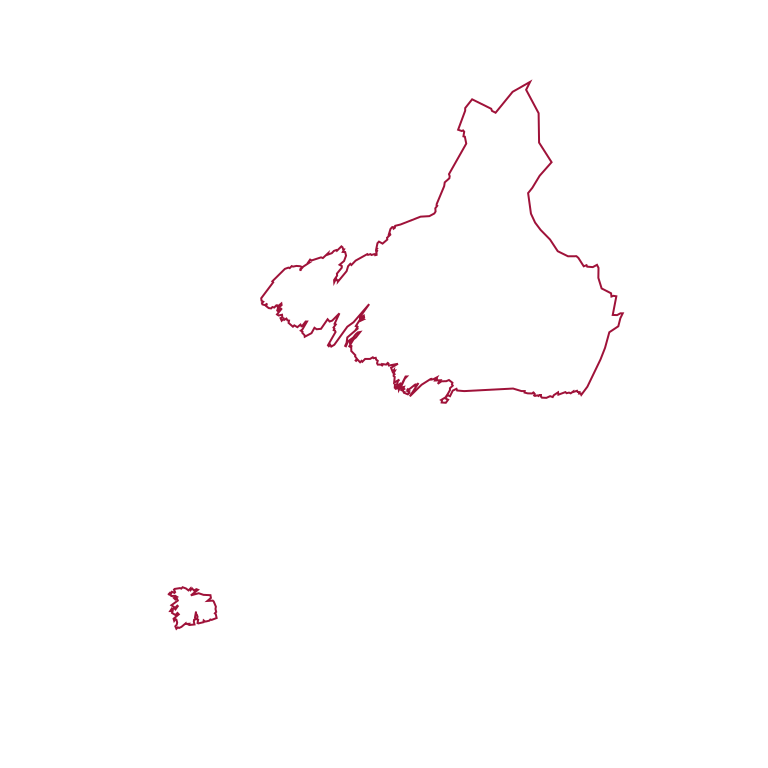 Haugesund nor, Rogaland, Norway, rotated 313°
{"feature_id": "86288312B97968708027313", "entity_name": "Haugesund nor", "entity_type": "district", "adm_level": 2, "iso_a3": "NOR", "parent_name": "Norway", "parent_adm1": "Rogaland", "projection": "natural_earth1", "projection_center": [5.258, 59.444], "detail": "fine", "context": "isolated", "style": "outline", "palette": "rose", "viewbox_px": 768, "rotation_deg": 313, "n_neighbors": 0, "source": "geoboundaries", "source_scale": "gbopen_adm2", "svg_char_len": 6091}
<svg xmlns="http://www.w3.org/2000/svg" viewBox="0 0 768 768"><g transform="rotate(313 384 384)"><path d="M531.3,296.6L511.9,287.3L507.3,284.3L505.6,285.4L504.2,285.1L505.0,283.8L504.4,283.0L501.8,283.0L495.5,286.1L497.9,286.0L497.5,286.8L493.0,286.5L491.9,287.9L485.7,287.2L484.7,283.2L482.5,283.2L477.9,286.0L478.2,286.6L476.5,286.8L475.7,287.8L477.6,288.1L475.6,288.3L473.4,290.5L472.2,289.7L473.2,288.1L472.6,288.5L469.8,286.8L469.8,285.6L467.5,284.2L467.6,283.2L454.9,279.1L448.8,279.0L448.9,277.4L445.7,277.4L441.0,279.7L427.6,280.5L428.7,279.7L427.4,278.5L428.6,276.9L424.5,278.2L426.0,276.6L431.3,275.8L432.6,274.3L440.2,273.8L441.5,272.7L440.9,270.2L446.7,270.9L452.0,268.7L454.0,265.6L452.5,263.8L455.3,263.0L454.7,262.1L455.7,260.4L455.6,259.0L449.3,258.7L449.5,257.8L447.2,256.6L444.1,256.6L440.2,254.6L441.6,253.9L434.4,253.4L433.7,251.6L425.0,246.8L424.6,245.1L421.3,245.6L422.1,246.7L414.8,244.9L411.1,245.0L409.8,245.8L410.8,244.5L413.8,244.6L412.9,242.3L410.6,239.4L407.8,237.4L407.3,236.1L404.4,236.0L403.9,234.7L400.6,233.0L382.9,232.3L382.8,233.6L363.0,235.7L361.4,237.6L361.8,239.6L359.9,239.5L359.3,240.8L360.6,243.4L363.1,243.5L360.6,244.7L360.9,247.9L362.3,249.9L364.2,249.9L365.1,251.6L368.1,251.6L368.6,252.0L368.0,253.3L372.9,254.0L371.9,255.3L367.0,254.8L364.9,255.8L364.9,256.4L368.8,257.1L368.8,257.8L361.9,258.3L362.2,260.2L365.1,262.2L363.5,264.1L361.6,263.4L360.5,266.0L363.4,266.1L362.9,267.3L365.3,268.0L364.7,270.0L365.6,271.3L363.6,272.5L363.8,278.3L365.7,278.4L366.5,281.9L370.5,282.4L369.9,284.3L370.4,284.6L376.3,284.1L377.2,285.1L368.3,287.1L366.3,286.8L366.7,288.7L365.7,289.3L365.5,292.6L364.5,293.8L371.7,296.3L377.7,294.8L378.1,297.4L381.4,300.3L392.9,298.6L392.6,301.6L395.1,302.9L405.3,303.2L394.3,306.8L394.7,308.1L390.8,308.6L390.7,309.9L389.1,310.5L389.6,311.8L389.0,313.1L374.1,316.6L374.0,317.9L376.0,318.0L375.4,319.9L378.8,320.9L400.9,318.1L408.4,319.6L432.3,318.7L416.7,320.7L415.6,321.7L420.2,322.6L419.1,324.1L417.1,324.3L417.4,325.0L414.9,324.0L417.9,322.7L415.0,323.6L413.7,322.7L407.1,323.9L407.6,325.3L408.6,325.6L405.3,326.2L407.3,327.0L393.0,325.4L389.8,327.7L390.3,328.0L385.4,329.6L385.6,330.4L390.7,328.6L396.9,329.8L401.2,329.4L403.9,329.7L405.8,331.1L399.0,331.7L391.2,330.6L390.8,331.1L392.8,331.9L387.9,332.9L388.1,334.0L390.4,334.2L389.0,334.5L385.8,337.6L385.5,343.4L384.5,344.0L383.9,347.2L381.9,347.2L381.9,347.8L383.8,347.8L383.6,351.7L385.6,351.8L385.5,353.0L389.5,353.1L392.8,356.7L395.9,357.6L395.7,358.7L397.5,360.1L396.5,361.6L396.7,363.6L394.5,364.7L393.9,366.2L396.4,368.9L398.0,368.8L395.5,370.1L398.0,369.9L399.6,372.3L401.8,372.4L401.7,373.0L402.8,373.3L401.3,373.4L400.8,375.0L408.3,380.4L400.7,378.1L398.9,381.8L400.8,381.7L400.2,382.1L401.3,382.9L398.5,383.6L398.4,385.0L397.3,384.8L396.4,385.6L396.5,387.0L391.9,390.5L397.7,392.2L395.3,392.2L393.0,393.8L390.9,392.5L388.6,394.4L388.7,395.7L392.1,394.8L392.5,395.2L392.0,395.5L396.4,395.7L393.8,396.8L390.0,396.8L391.0,397.5L389.8,398.9L404.2,394.7L405.1,395.6L401.9,395.6L392.2,398.8L391.9,399.9L394.1,399.7L395.5,400.6L394.2,401.1L394.2,402.2L391.6,401.5L392.0,402.6L391.3,404.3L391.9,404.6L391.4,405.0L392.7,408.5L394.8,408.6L394.8,407.3L395.8,407.3L394.8,405.7L395.7,405.0L396.5,405.0L396.5,405.9L403.8,407.0L403.6,407.4L403.8,407.8L404.0,407.1L404.9,407.4L403.6,408.7L408.2,408.6L392.6,411.3L409.1,412.0L419.5,414.7L420.0,415.1L419.5,415.6L421.3,416.9L425.0,418.2L423.8,418.5L424.8,419.4L422.5,418.4L422.0,418.6L423.7,419.4L421.8,419.4L425.2,422.7L420.8,423.2L425.2,424.2L428.5,427.6L431.2,428.8L431.6,433.2L430.1,433.9L429.7,435.4L425.9,435.1L424.5,436.4L420.4,437.4L416.2,438.1L411.3,436.7L411.5,437.6L409.8,438.8L412.4,442.0L416.2,441.6L415.3,438.6L419.2,438.1L420.1,440.6L426.0,438.8L429.9,440.3L429.1,441.9L433.5,447.5L468.7,481.5L472.6,489.4L474.8,491.7L473.6,492.6L475.1,495.4L478.1,498.8L480.5,499.1L479.5,499.5L479.5,501.1L478.0,501.6L478.2,502.5L480.3,504.0L480.6,505.2L481.9,505.1L483.0,506.3L481.3,507.8L481.9,507.5L481.7,508.8L484.6,512.2L488.4,513.8L489.5,516.3L491.6,515.8L496.6,517.0L495.1,518.8L501.8,522.2L501.8,523.8L503.9,525.2L504.5,526.9L507.7,527.5L507.3,527.9L510.7,529.8L510.2,531.1L511.4,532.5L510.1,533.2L511.2,534.3L510.6,535.7L520.7,534.6L549.6,525.6L561.2,521.0L575.5,513.5L586.0,516.0L593.3,512.0L598.5,510.4L596.9,508.7L593.4,507.5L590.5,504.2L606.6,494.1L605.0,491.7L603.1,490.7L605.2,488.2L602.3,478.0L607.8,468.4L615.2,461.7L616.4,458.5L611.9,457.0L608.4,452.6L609.0,451.1L606.3,449.8L608.8,440.1L608.7,437.6L602.9,431.5L599.6,420.5L602.9,406.9L603.5,393.4L605.1,384.4L608.8,375.3L621.9,359.2L628.6,358.7L642.5,355.8L660.5,355.3L666.3,332.8L687.5,312.4L696.1,287.3L704.6,284.8L685.4,278.8L658.5,280.6L657.4,276.7L658.4,274.7L652.3,254.3L641.2,255.2L639.2,257.0L620.5,264.8L622.1,268.4L623.4,268.9L623.2,270.6L619.3,273.2L620.0,274.5L615.9,280.2L581.8,288.4L580.8,290.3L579.0,291.5L572.9,290.9L569.7,293.1L551.6,299.8L550.5,300.6L550.6,301.4L547.5,301.7L545.3,304.1L543.0,304.5L537.7,302.7L531.3,296.6ZM85.5,369.9L83.5,369.9L83.5,370.5L84.5,370.5L83.9,373.1L86.7,375.7L87.1,377.7L84.2,376.3L84.1,378.3L86.1,378.3L85.0,380.9L77.2,379.4L77.9,383.9L80.9,384.0L80.9,384.7L76.9,385.2L77.0,383.3L75.0,383.2L75.1,382.0L72.1,382.5L73.7,384.3L72.0,385.1L72.8,389.0L75.7,389.1L75.6,391.0L68.8,390.2L67.7,392.1L69.7,391.8L70.1,392.8L68.5,395.4L66.5,396.6L64.5,396.6L63.4,399.1L65.4,399.2L65.8,400.5L68.2,401.5L73.8,402.2L73.4,402.8L75.6,404.9L74.7,405.0L75.0,406.0L78.9,409.4L80.6,406.9L82.1,405.9L83.4,406.7L84.3,405.0L89.4,401.7L87.0,403.9L87.6,404.5L86.6,406.4L84.3,407.5L84.9,408.8L82.0,410.7L82.3,411.5L86.6,414.4L88.1,413.4L88.2,414.4L87.5,414.6L89.4,416.1L91.9,417.7L93.3,417.6L93.9,418.8L98.7,421.2L100.9,418.0L100.9,416.7L102.9,416.7L104.5,414.2L106.5,412.9L108.8,407.8L108.8,406.5L104.9,402.8L109.5,403.3L111.2,401.1L106.7,395.8L104.6,391.2L97.7,386.9L106.6,388.3L106.0,386.7L103.4,385.8L103.6,383.2L101.6,383.1L102.6,381.9L99.7,381.8L99.4,378.6L98.0,375.3L96.1,375.3L95.6,374.0L91.4,370.7L90.4,370.6L89.3,373.2L88.3,373.2L87.4,370.6L85.5,371.2L85.5,369.9Z" fill="none" stroke="#9f1239" stroke-width="2"/></g></svg>